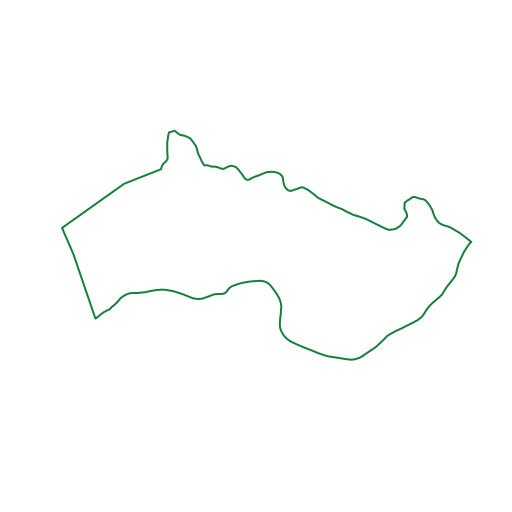 outline of Ti Riviere, Micoud, Saint Lucia, rotated 307°
{"feature_id": "8701671B16268299103818", "entity_name": "Ti Riviere", "entity_type": "district", "adm_level": 2, "iso_a3": "LCA", "parent_name": "Saint Lucia", "parent_adm1": "Micoud", "projection": "natural_earth1", "projection_center": [-60.937, 13.83], "detail": "fine", "context": "isolated", "style": "outline", "palette": "green", "viewbox_px": 512, "rotation_deg": 307, "n_neighbors": 0, "source": "geoboundaries", "source_scale": "gbopen_adm2", "svg_char_len": 5397}
<svg xmlns="http://www.w3.org/2000/svg" viewBox="0 0 512 512"><g transform="rotate(307 256 256)"><path d="M109.6,165.1L109.7,165.6L111.1,166.0L112.6,166.4L116.0,167.2L118.0,167.8L119.8,168.4L120.9,168.9L122.2,169.5L122.7,169.8L123.9,170.4L125.8,171.3L127.4,171.4L129.0,171.6L130.6,172.1L131.0,172.2L132.7,172.5L136.5,173.1L138.7,173.2L140.0,173.2L141.1,173.3L142.6,173.8L143.7,174.1L145.8,174.9L148.3,176.2L150.0,177.5L150.5,177.9L152.7,180.3L152.9,180.6L154.1,182.2L155.2,183.7L157.3,185.9L160.0,188.9L164.1,192.5L167.7,195.8L168.4,196.6L170.0,198.2L172.0,200.5L172.6,201.3L174.5,204.0L175.6,206.2L175.8,206.5L176.2,207.3L177.7,210.3L178.8,212.9L179.2,214.0L180.4,217.5L181.6,221.1L182.5,224.5L183.6,228.6L184.4,231.4L185.4,233.2L186.8,235.6L188.7,237.9L190.4,239.3L191.9,240.3L193.1,241.1L193.8,241.5L196.4,243.3L198.8,244.6L199.3,245.0L200.3,245.8L201.4,247.0L202.6,248.4L204.3,250.4L205.3,251.8L206.6,252.9L207.6,253.5L209.3,253.9L210.5,253.9L213.8,253.9L215.2,254.2L215.6,254.3L217.9,255.3L220.2,256.8L222.6,258.4L224.9,260.1L227.2,262.0L230.3,265.0L231.7,266.3L232.1,266.7L234.2,269.0L236.2,271.3L237.2,272.4L239.3,275.1L240.7,278.0L241.0,279.1L241.3,280.5L241.4,280.9L241.5,282.6L241.3,284.3L241.1,285.7L240.4,288.4L240.2,289.1L239.0,293.0L238.5,294.2L237.9,296.2L236.4,299.5L235.5,301.1L234.4,302.8L232.8,304.8L230.8,306.7L228.6,308.0L228.2,308.3L226.3,309.5L225.1,310.3L223.1,311.6L222.3,312.0L221.0,312.7L218.4,314.4L216.4,315.7L214.7,317.0L214.3,317.4L213.2,318.4L212.4,319.6L211.7,320.7L210.8,322.1L210.2,323.7L209.6,325.0L209.3,326.1L208.8,327.9L208.5,330.5L208.5,332.8L208.5,334.1L209.2,338.1L209.8,341.1L210.1,342.3L210.8,345.1L211.6,348.3L212.1,350.4L212.9,353.1L214.5,358.7L215.0,360.7L215.8,363.9L217.0,367.6L217.4,368.8L218.7,372.7L220.1,375.6L220.4,376.2L220.6,376.5L222.4,379.7L224.5,383.6L226.7,387.9L228.7,391.5L230.2,394.0L232.0,396.1L232.8,396.9L233.7,397.6L234.1,397.9L236.0,399.2L236.5,399.6L236.8,399.8L239.5,401.1L241.9,401.9L242.6,402.1L246.4,403.4L249.2,404.3L253.2,405.8L256.4,406.7L262.9,407.8L266.7,408.4L268.0,408.5L270.8,408.8L274.7,410.3L275.1,410.5L280.8,413.1L282.4,414.0L285.2,415.5L287.3,416.6L289.9,417.8L294.8,420.3L298.2,421.9L301.8,423.5L302.4,423.8L305.1,424.5L307.2,425.0L310.6,425.0L314.2,424.7L314.6,424.7L317.1,424.5L321.7,424.8L324.3,425.2L324.9,425.3L325.9,425.5L329.4,426.3L332.0,426.9L333.3,427.2L334.7,427.4L337.9,427.8L341.6,427.3L346.6,427.0L350.6,427.1L354.8,427.2L355.7,427.2L358.1,427.2L361.2,426.8L361.6,426.7L362.3,426.4L365.3,425.1L369.2,423.4L372.1,422.2L375.4,421.5L380.3,420.5L382.2,420.1L384.4,419.6L387.2,419.4L390.4,419.2L391.7,419.1L393.7,419.1L394.6,419.1L395.3,419.2L396.7,419.4L396.9,417.2L396.9,416.0L396.9,415.3L397.0,412.5L397.0,410.3L397.0,407.2L396.9,404.4L396.8,402.8L396.6,401.1L396.3,398.6L396.1,396.3L395.9,394.7L395.2,392.0L394.7,390.6L393.9,388.4L393.2,386.3L392.8,384.1L392.6,382.4L392.8,381.3L393.1,379.7L393.8,377.6L394.5,375.6L395.1,374.5L396.1,373.0L397.2,371.3L398.8,369.2L399.7,367.0L400.4,365.4L401.2,363.4L401.5,362.0L402.0,360.4L402.3,358.7L402.4,357.6L402.3,356.4L401.8,355.2L401.4,354.3L400.2,351.7L399.7,350.4L399.1,348.5L398.6,347.1L397.8,346.1L397.2,345.6L395.7,345.1L394.6,344.8L393.8,344.6L391.6,343.6L388.1,342.7L382.9,346.1L382.0,348.3L380.9,350.3L379.8,351.8L378.9,352.5L378.1,353.2L376.6,352.9L375.1,353.2L373.3,353.1L371.1,353.1L369.0,353.2L366.9,353.0L364.8,352.3L362.2,351.4L360.5,350.2L358.7,348.4L357.9,347.6L356.8,346.2L356.2,344.5L355.9,343.3L355.5,341.5L355.0,339.3L354.7,337.4L354.3,335.3L353.8,333.0L353.4,330.5L353.0,328.3L352.6,326.3L352.2,324.1L351.8,321.9L351.2,319.8L350.7,318.1L350.0,316.0L349.7,315.1L349.0,313.0L348.4,311.7L347.7,309.9L347.3,308.7L347.1,307.6L346.9,305.6L346.6,304.6L346.0,302.0L345.7,300.6L345.4,297.7L344.6,294.4L344.1,293.1L343.8,291.6L343.5,290.7L343.0,288.5L342.8,287.4L342.4,285.6L342.0,283.1L341.9,282.1L341.5,279.8L341.2,278.5L340.9,276.4L340.5,274.6L340.2,272.7L340.0,271.6L339.8,269.7L340.0,267.8L340.1,266.3L340.1,264.4L340.1,262.5L340.1,261.4L340.1,260.7L340.1,259.3L340.0,257.4L339.8,255.8L339.5,254.6L339.3,253.4L339.1,252.5L338.7,251.6L337.9,250.7L335.3,249.0L334.0,248.3L332.7,247.3L331.4,246.3L329.9,245.5L328.9,244.6L328.4,243.9L328.1,242.8L327.9,241.4L327.9,240.8L328.1,239.3L328.3,238.4L328.8,237.5L329.5,235.9L330.0,235.3L331.0,234.1L331.5,233.5L332.4,232.5L333.1,231.8L334.0,231.0L335.1,229.6L335.5,228.6L335.8,227.1L335.9,226.1L335.7,224.1L335.4,222.8L334.9,221.7L334.1,220.1L333.5,219.0L332.6,217.8L332.1,217.2L331.6,216.6L330.8,215.6L329.9,214.6L329.6,214.3L327.7,213.0L327.3,212.8L325.1,211.5L323.7,210.6L322.1,209.8L320.5,208.7L319.1,207.6L318.1,207.1L316.3,206.1L315.1,205.5L313.7,204.9L312.6,204.4L311.9,203.7L311.4,202.8L311.2,201.0L311.4,199.9L311.7,198.9L312.1,197.6L312.6,196.5L313.0,195.3L313.4,193.7L313.9,191.9L314.4,190.2L314.7,188.2L314.8,186.3L314.6,185.3L314.2,184.1L313.7,183.0L313.1,182.0L312.4,181.2L311.3,180.4L309.9,179.6L308.8,179.1L307.1,178.2L306.1,177.7L305.5,177.0L305.0,175.8L304.4,174.3L304.0,172.5L302.8,169.5L300.8,167.1L299.2,162.5L297.3,160.2L298.7,156.2L301.6,150.9L303.2,147.8L306.0,144.3L307.8,141.5L309.8,135.0L310.3,132.2L309.2,127.0L307.0,122.3L307.0,117.5L307.0,115.6L302.3,112.2L299.6,113.3L293.2,116.8L287.0,121.5L283.6,124.3L280.7,126.8L277.9,127.2L273.9,126.5L271.1,126.8L268.1,127.9L234.3,107.2L161.7,84.2L147.7,108.9L109.6,165.1Z" fill="none" stroke="#15803d" stroke-width="2"/></g></svg>